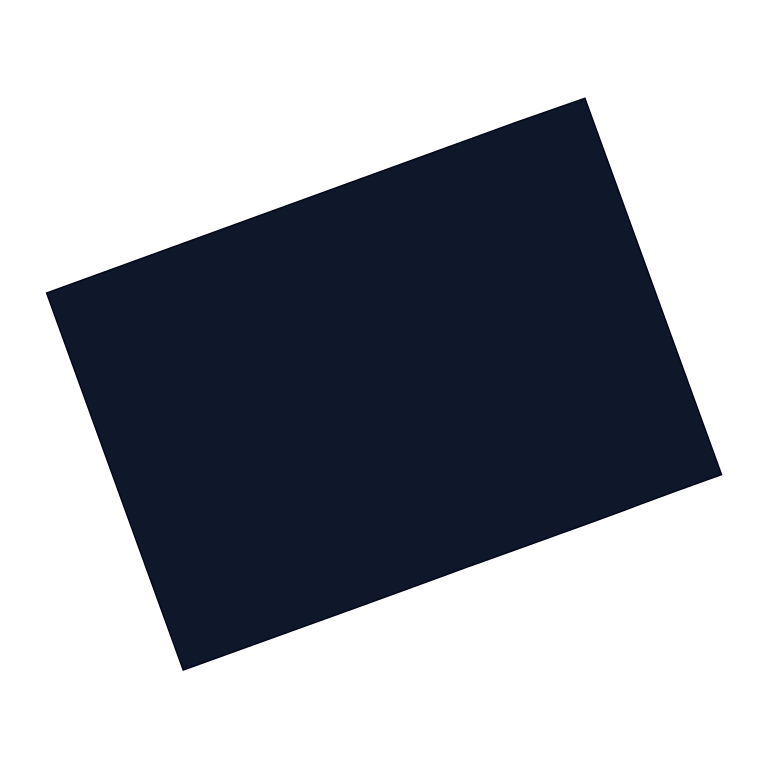 outline of Pawnee, Nebraska, United States of America, rotated 340°
{"feature_id": "52423323B98394521598734", "entity_name": "Pawnee", "entity_type": "district", "adm_level": 2, "iso_a3": "USA", "parent_name": "United States of America", "parent_adm1": "Nebraska", "projection": "robinson", "projection_center": [-96.181, 40.131], "detail": "fine", "context": "isolated", "style": "filled", "palette": "ink", "viewbox_px": 768, "rotation_deg": 340, "n_neighbors": 0, "source": "geoboundaries", "source_scale": "gbopen_adm2", "svg_char_len": 385}
<svg xmlns="http://www.w3.org/2000/svg" viewBox="0 0 768 768"><g transform="rotate(340 384 384)"><path d="M670.2,584.6L670.5,184.2L599.1,183.3L98.1,183.1L97.5,584.1L298.7,584.6L303.1,584.6L381.3,584.5L400.7,584.4L405.4,584.5L488.5,584.8L497.6,584.8L524.5,584.9L570.2,584.8L580.8,584.6L618.3,584.4L653.2,584.5L670.2,584.6Z" fill="#0f172a" stroke="#020617" stroke-width="1.5"/></g></svg>